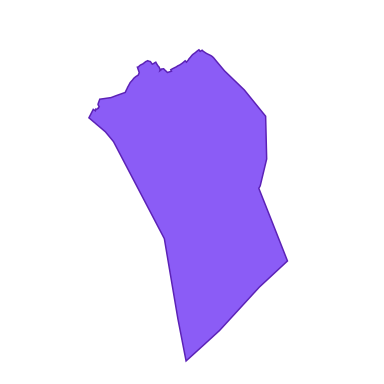 Magdalena Tlacotepec, Oaxaca, Mexico, rotated 234°
{"feature_id": "50627088B48372928795218", "entity_name": "Magdalena Tlacotepec", "entity_type": "district", "adm_level": 2, "iso_a3": "MEX", "parent_name": "Mexico", "parent_adm1": "Oaxaca", "projection": "albers", "projection_center": [-95.197, 16.516], "detail": "fine", "context": "isolated", "style": "filled", "palette": "violet", "viewbox_px": 384, "rotation_deg": 234, "n_neighbors": 0, "source": "geoboundaries", "source_scale": "gbopen_adm2", "svg_char_len": 1578}
<svg xmlns="http://www.w3.org/2000/svg" viewBox="0 0 384 384"><g transform="rotate(234 192 192)"><path d="M58.8,87.9L61.7,114.6L63.8,133.0L75.5,190.7L80.1,228.7L119.5,238.9L155.7,248.2L156.9,250.8L174.8,271.8L210.0,296.1L243.9,294.3L270.9,289.5L283.8,288.6L287.6,288.4L289.4,288.1L291.2,287.5L292.5,286.8L295.5,285.2L296.8,284.7L299.0,283.9L299.5,283.7L300.4,283.7L300.7,283.6L300.8,283.4L300.9,281.2L301.1,281.1L302.0,281.3L302.4,281.3L303.0,281.2L303.0,278.9L302.8,276.4L302.8,273.6L302.6,272.2L301.9,269.7L301.7,268.7L301.5,267.8L301.0,266.7L300.3,263.8L302.2,263.6L301.9,260.0L302.0,256.8L302.0,256.7L302.4,254.8L302.5,252.7L302.8,251.0L303.2,248.6L303.4,246.7L301.8,246.4L303.1,242.4L305.3,242.0L305.5,242.0L306.7,241.7L308.4,241.5L309.2,239.9L309.5,239.5L309.5,238.5L309.4,238.5L309.0,238.5L309.0,237.3L309.6,238.1L312.5,238.8L314.1,238.6L316.9,238.8L318.3,239.0L318.5,237.8L318.5,236.7L318.4,236.6L318.8,235.0L320.6,235.0L322.0,235.0L322.9,234.2L324.3,233.3L324.3,232.9L324.6,231.7L324.7,230.8L324.6,229.6L324.6,228.1L324.5,227.7L324.7,226.8L325.0,225.0L325.0,223.6L324.7,222.6L324.8,222.0L325.1,221.2L319.6,219.5L318.2,217.3L318.3,215.7L318.4,214.3L318.2,211.7L317.6,209.8L316.9,206.4L315.5,203.5L314.8,202.1L314.7,201.7L314.6,201.4L314.1,200.8L313.0,198.6L311.8,196.5L314.4,187.7L316.0,181.9L321.3,171.9L321.2,171.8L318.7,168.1L317.9,167.3L315.5,167.0L315.3,165.8L314.8,165.5L315.1,163.0L315.5,162.9L314.5,161.6L316.9,160.7L312.6,152.2L291.6,157.3L278.9,158.1L170.5,142.2L149.4,131.7L97.6,106.0L58.8,87.9Z" fill="#8b5cf6" stroke="#5b21b6" stroke-width="1.5"/></g></svg>